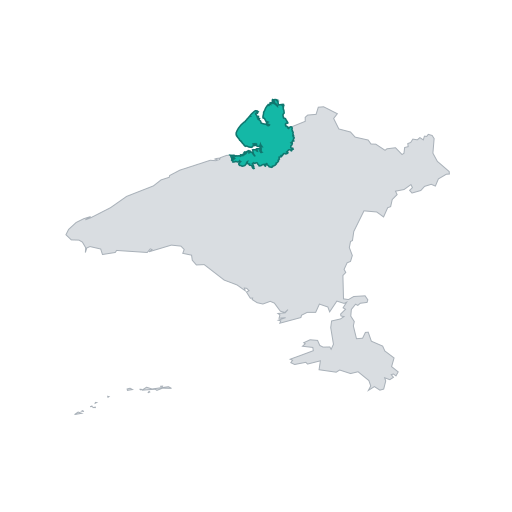 India, with Gujarat highlighted, rotated 81°
{"feature_id": "IND-3264", "entity_name": "Gujarat", "entity_type": "state/province", "adm_level": 1, "iso_a3": "IND", "parent_name": "India", "parent_adm1": "", "projection": "equal_earth", "projection_center": [71.839, 22.391], "detail": "fine", "context": "in_parent", "style": "filled", "palette": "teal", "viewbox_px": 512, "rotation_deg": 81, "n_neighbors": 0, "source": "natural_earth", "source_scale": "10m", "svg_char_len": 9729}
<svg xmlns="http://www.w3.org/2000/svg" viewBox="0 0 512 512"><g transform="rotate(81 256 256)"><path d="M104.4,211.8L110.3,210.2L110.9,205.3L121.7,207.4L128.9,203.9L131.3,206.4L134.8,204.1L130.7,186.3L126.7,185.7L124.9,182.9L125.5,174.5L118.8,171.2L119.2,165.9L128.2,153.4L132.3,157.8L143.5,154.3L148.3,143.3L154.1,139.5L159.0,127.1L163.4,124.9L164.3,120.2L171.8,112.0L170.6,109.9L170.9,101.3L178.6,95.9L177.7,93.8L172.1,92.2L171.8,88.6L168.7,88.5L168.1,85.5L165.1,82.8L166.5,78.5L164.7,75.6L167.5,72.6L164.0,70.9L164.6,68.7L162.8,66.8L164.5,63.2L167.9,61.7L182.1,65.2L190.9,62.1L202.8,52.0L205.3,52.2L205.0,55.2L208.4,63.8L215.0,67.9L212.6,71.7L213.6,78.6L217.1,83.0L218.2,92.1L215.2,94.0L212.9,90.8L209.7,91.8L213.5,99.4L213.8,108.1L217.4,107.0L221.5,112.6L228.3,115.3L228.9,118.4L237.4,123.9L231.4,129.9L228.3,142.3L247.1,155.6L255.8,158.3L256.5,160.4L262.3,162.5L270.6,160.8L276.1,163.5L277.0,167.1L283.0,171.1L286.3,169.9L288.8,173.2L312.0,176.3L313.5,171.5L311.3,165.8L312.4,154.5L316.8,152.4L319.2,153.6L319.0,160.4L320.7,163.2L319.2,165.2L323.7,170.2L330.2,171.8L336.1,169.2L340.3,170.8L353.4,169.7L353.9,163.6L348.6,159.9L348.8,157.1L358.2,155.4L364.8,145.0L370.0,143.6L378.3,135.6L386.5,139.4L392.7,133.7L396.3,136.5L394.0,138.8L394.4,141.0L397.3,139.2L399.1,143.2L396.4,148.0L399.7,147.4L407.4,150.7L407.9,154.6L403.5,159.5L406.3,166.0L402.3,163.0L396.7,164.0L386.3,173.3L386.9,181.0L381.7,191.2L383.3,195.0L378.2,211.5L369.6,208.8L370.8,222.0L368.8,223.4L369.2,234.8L366.8,238.3L364.7,236.2L363.3,238.4L358.5,214.2L355.2,214.2L352.4,224.2L350.4,221.1L349.1,222.4L347.2,215.7L349.0,208.4L354.3,207.0L356.5,204.0L357.4,197.3L359.9,196.4L355.3,193.3L338.4,193.4L332.0,191.5L331.4,182.4L329.6,178.6L328.5,181.5L326.6,181.5L322.6,175.9L320.8,178.1L315.8,173.7L316.6,176.4L313.2,183.2L322.7,192.0L317.6,193.0L313.4,200.9L321.0,205.9L319.7,214.3L321.6,220.3L323.8,221.3L326.1,243.0L324.0,241.7L322.9,244.0L321.5,236.4L321.1,243.0L317.9,241.6L316.2,243.3L316.7,236.1L313.9,232.8L316.3,236.4L314.3,240.6L305.4,245.2L303.0,249.0L304.5,256.7L302.3,262.2L298.4,266.6L297.0,265.9L296.8,268.2L290.0,271.1L289.2,268.3L286.5,270.2L285.8,272.5L288.6,272.1L281.6,279.3L274.8,291.2L256.4,308.5L255.5,316.3L250.2,319.6L245.1,319.5L241.9,327.9L238.3,325.9L234.5,328.6L232.0,337.9L235.1,361.0L233.4,357.7L232.4,359.3L235.5,362.9L228.7,392.8L230.5,394.5L230.5,407.4L224.8,408.3L220.7,418.5L221.6,421.9L225.9,424.0L221.2,422.9L215.1,425.3L212.6,428.4L211.2,435.9L205.3,440.4L200.4,436.9L194.7,428.3L192.2,420.2L191.2,413.2L193.6,418.9L192.4,413.3L185.5,392.1L176.9,374.5L170.7,346.3L166.0,337.9L164.7,329.4L163.0,328.7L159.3,317.8L154.3,286.2L155.6,280.8L155.3,278.9L153.8,281.4L153.5,279.9L153.6,276.8L155.4,277.1L153.3,275.8L152.0,269.1L154.4,257.1L151.5,247.1L152.7,245.7L151.4,245.8L156.7,241.7L150.6,242.4L152.3,238.5L150.4,238.5L150.7,235.8L153.4,234.8L146.8,234.3L147.8,236.8L145.3,240.6L147.6,244.8L145.0,250.2L134.5,256.1L128.7,254.7L112.7,234.0L113.6,231.9L116.0,234.0L125.5,230.0L128.9,222.6L120.1,227.3L115.6,226.0L109.3,221.2L107.0,215.8L110.8,211.8L105.1,215.4L104.4,211.8ZM370.7,389.6L368.5,384.6L371.1,379.5L371.4,362.9L373.5,360.2L371.9,369.0L373.2,374.9L371.8,376.4L370.7,389.6ZM384.1,452.8L384.2,460.0L382.3,456.1L384.1,452.8ZM368.6,404.0L367.2,404.1L366.9,401.1L368.6,398.9L368.6,404.0ZM379.0,441.3L378.9,443.4L378.5,441.5L379.0,441.3ZM380.6,438.4L380.1,441.2L380.2,438.3L380.6,438.4ZM382.6,450.3L382.0,452.5L381.6,451.6L382.6,450.3ZM372.4,424.3L371.4,424.4L371.9,423.2L372.4,424.3ZM370.3,390.6L369.3,391.8L369.8,390.0L370.3,390.6ZM373.7,382.2L374.2,384.2L373.0,382.7L373.7,382.2ZM376.3,437.9L375.5,437.5L375.8,436.4L376.3,437.9ZM370.2,368.9L369.7,371.1L369.9,368.7L370.2,368.9Z" fill="#d9dde1" stroke="#a8b0b8" stroke-width="1"/><path d="M134.3,204.7L135.2,203.9L135.1,203.6L134.1,203.2L134.1,202.2L133.8,201.5L134.1,200.7L135.0,200.1L134.9,200.0L136.7,200.8L137.7,200.4L138.5,200.6L139.1,200.1L140.1,200.0L141.0,200.5L142.3,200.2L142.6,200.7L143.0,200.8L143.3,200.1L144.2,200.5L144.7,199.9L145.4,199.8L145.9,200.5L146.7,200.8L148.3,200.7L148.3,201.0L147.5,201.2L147.5,201.4L147.9,201.8L148.4,201.9L148.6,202.3L149.2,202.4L149.7,203.7L149.9,203.5L150.2,202.6L150.6,202.5L151.9,203.2L152.4,204.2L154.3,204.7L154.9,204.3L155.3,202.8L156.3,202.6L156.4,204.0L157.1,204.4L157.5,204.2L157.7,204.5L157.4,205.0L156.8,205.0L156.5,205.6L156.2,206.7L156.5,207.5L157.4,208.4L158.0,209.5L158.6,209.1L158.9,208.3L159.1,208.3L159.6,209.1L159.9,210.6L159.3,211.2L159.2,212.8L159.7,212.9L160.1,213.7L160.7,214.0L160.7,215.4L161.4,214.9L161.9,215.4L162.0,217.7L162.4,217.6L162.9,218.0L163.9,217.7L164.8,219.1L165.0,219.2L165.3,218.8L165.6,218.8L166.9,220.1L167.1,220.4L167.3,221.5L167.5,221.7L168.2,221.5L169.3,222.9L169.7,224.1L169.9,225.7L170.4,225.6L170.8,226.2L170.9,226.7L169.9,229.1L168.9,229.4L167.5,230.9L166.7,230.7L166.4,230.9L166.3,231.3L167.1,232.2L168.1,232.2L168.7,232.6L168.1,233.4L167.5,233.5L167.0,233.1L166.7,233.5L166.8,235.2L167.6,237.1L167.5,238.8L166.7,239.0L165.5,239.9L164.1,240.4L163.9,240.9L164.0,241.8L164.4,242.6L164.1,243.3L163.5,243.7L164.2,245.1L166.1,244.4L167.3,244.5L167.7,244.2L168.2,244.6L169.2,244.2L169.3,244.8L168.7,245.4L167.3,245.9L166.6,245.8L165.7,246.7L165.3,248.2L164.5,248.6L164.1,248.3L163.7,249.5L162.9,250.0L162.2,250.0L161.4,249.6L161.5,249.9L162.3,250.7L163.0,250.7L164.8,252.7L165.1,254.0L165.2,255.6L164.2,257.0L164.0,258.0L163.0,258.6L162.2,258.6L161.8,257.9L160.7,257.0L160.3,256.4L159.8,257.1L159.4,257.3L159.9,257.7L160.0,258.2L160.3,258.3L160.4,259.0L159.4,261.4L159.6,261.7L159.7,262.8L159.6,264.1L158.3,264.0L158.1,264.8L157.6,265.1L157.3,265.0L157.4,264.3L157.2,264.1L156.8,264.1L156.6,264.6L156.1,264.7L155.9,263.7L156.7,263.0L156.9,262.7L156.3,262.5L156.2,261.9L155.5,262.5L155.1,262.5L154.9,263.1L154.4,263.1L154.4,263.4L154.9,264.1L155.0,264.9L154.2,265.2L153.2,265.2L152.4,265.7L152.9,263.6L152.9,262.7L153.2,261.6L153.6,261.3L154.3,261.1L154.2,260.4L153.9,260.0L154.3,259.1L154.3,257.8L154.6,256.7L154.4,256.2L155.0,255.8L154.7,255.4L154.7,254.9L154.5,255.2L154.3,255.1L154.5,254.3L153.8,254.7L154.1,253.8L153.8,253.4L154.3,252.9L154.3,252.6L153.7,252.8L153.1,252.0L153.0,251.8L153.6,251.9L153.9,251.7L153.5,250.5L152.9,250.8L152.8,250.6L152.7,251.1L152.3,251.3L152.6,250.3L152.5,250.0L152.1,250.2L152.0,251.0L151.7,251.2L151.4,250.9L151.6,250.4L152.7,249.5L151.7,248.8L151.7,248.5L151.4,248.8L151.1,247.5L151.7,247.2L151.0,247.1L150.9,246.9L151.6,246.6L152.6,245.7L152.8,245.9L152.7,245.5L151.1,246.4L151.4,245.4L153.1,244.1L153.6,243.2L154.3,243.2L156.7,241.9L156.9,241.6L156.7,241.5L154.7,242.6L154.0,242.5L153.3,242.8L151.4,242.6L150.7,242.9L150.5,242.5L150.9,240.3L151.4,239.2L152.2,239.0L152.7,238.2L152.4,238.2L152.2,238.5L151.5,238.6L150.6,239.4L150.2,238.5L150.5,236.1L151.0,235.3L151.6,235.1L152.8,235.8L153.5,234.8L153.8,234.7L154.4,235.1L154.6,234.9L154.6,234.5L154.5,234.1L154.3,234.4L153.5,234.2L152.9,234.6L150.9,234.0L149.8,234.8L149.8,234.4L149.0,234.5L148.9,233.7L149.1,233.4L149.1,232.9L148.7,233.2L148.3,234.4L147.8,234.4L147.7,233.9L147.4,233.8L147.1,233.8L147.0,234.2L146.4,234.2L146.9,234.5L147.4,234.0L147.4,234.7L148.1,234.8L148.1,237.0L147.6,237.9L147.2,238.0L146.7,238.5L146.3,238.0L145.9,238.0L146.2,238.3L146.1,238.5L145.7,238.4L145.9,238.9L145.4,238.8L145.2,239.0L146.0,239.3L146.5,239.2L146.4,239.4L146.7,239.7L146.7,240.4L146.2,240.3L145.5,239.6L145.4,239.8L145.8,240.0L146.0,240.5L144.9,240.1L144.8,241.0L145.1,240.9L145.1,241.3L146.6,241.0L147.2,242.4L147.7,242.5L148.0,243.4L147.2,246.0L146.0,247.9L146.0,248.1L145.8,248.8L146.0,249.4L144.8,250.4L144.1,250.5L142.3,251.9L141.9,251.9L140.4,253.0L140.1,253.1L140.3,252.7L140.1,252.8L139.1,254.0L137.6,254.5L135.7,255.7L135.2,255.8L134.9,256.1L134.0,256.1L133.9,256.5L132.5,256.6L131.8,256.3L131.4,256.4L129.3,255.1L127.1,253.4L124.1,250.2L121.9,246.8L121.6,245.7L121.0,245.4L119.7,243.6L119.0,243.1L118.1,241.6L117.5,241.2L117.2,240.7L117.1,239.9L116.9,240.2L116.6,240.1L115.1,238.4L113.0,235.2L112.4,233.9L112.9,232.1L113.8,231.3L113.9,231.6L113.6,232.0L113.8,232.4L114.6,232.4L114.9,232.0L115.2,232.2L114.8,233.4L115.3,234.2L116.1,234.1L116.9,233.4L118.1,233.2L118.6,232.5L118.5,231.7L118.9,231.7L118.9,232.7L119.6,233.0L120.1,232.3L120.5,232.4L120.8,231.3L121.5,232.2L121.9,231.5L122.4,231.4L123.4,230.4L125.6,230.1L127.1,227.0L127.1,226.4L127.7,225.3L128.5,224.4L128.8,224.4L129.0,224.2L129.3,223.2L129.0,222.4L128.6,222.1L127.9,222.9L128.0,223.6L127.8,224.7L126.9,224.8L126.2,223.9L126.0,224.5L125.4,224.6L125.1,224.3L125.1,224.0L124.8,224.5L125.1,224.9L121.9,225.9L121.3,226.3L120.7,227.5L119.3,227.3L116.7,226.3L115.2,226.0L113.5,224.6L111.7,223.6L109.5,221.7L109.4,221.3L108.9,220.7L109.0,220.7L109.2,220.1L108.4,220.2L108.5,219.4L109.0,219.3L108.5,218.7L108.1,218.7L108.0,218.2L108.3,217.9L107.9,217.9L107.6,218.2L107.4,218.0L107.5,217.6L107.2,217.7L107.7,216.6L107.2,216.1L107.3,216.8L106.9,216.9L106.9,215.1L107.8,215.1L107.6,214.6L108.3,214.3L108.8,213.5L109.4,213.1L109.7,212.3L110.3,212.3L111.3,211.5L110.7,211.5L110.2,212.0L109.3,212.1L109.0,212.8L107.1,213.8L106.2,215.1L106.3,215.2L106.1,215.6L104.5,215.5L104.1,215.2L104.7,214.6L105.1,214.8L105.5,214.5L105.6,214.2L105.2,214.4L104.8,214.0L104.7,212.9L104.4,213.3L104.4,213.2L104.6,212.0L104.8,211.5L105.4,211.2L105.4,210.7L105.8,211.0L106.3,210.2L106.4,210.6L107.2,210.2L110.3,210.2L110.4,205.7L110.6,205.1L111.1,205.1L111.3,206.2L111.5,206.4L112.2,205.2L113.0,206.1L114.0,205.7L115.0,206.2L116.2,205.7L119.2,205.8L120.3,207.1L121.3,207.4L123.9,207.3L124.3,206.9L124.9,205.4L126.3,205.1L126.9,204.6L127.5,204.6L128.2,204.1L129.3,203.7L129.7,203.8L129.8,204.1L129.5,204.6L129.7,205.7L130.3,206.3L131.9,206.4L132.7,206.0L132.6,205.4L133.4,204.6L134.3,204.7Z" fill="#14b8a6" stroke="#0f766e" stroke-width="1.5"/></g></svg>